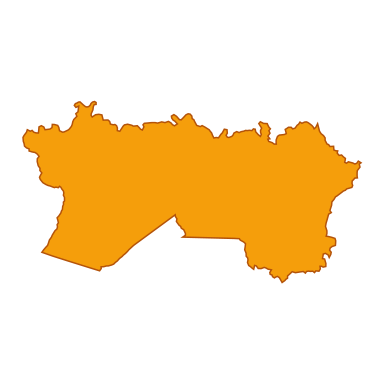 Adrianópolis, Paraná, Brazil (orthographic projection)
{"feature_id": "56859067B33632920480523", "entity_name": "Adrianópolis", "entity_type": "district", "adm_level": 2, "iso_a3": "BRA", "parent_name": "Brazil", "parent_adm1": "Paraná", "projection": "orthographic", "projection_center": [-48.811, -24.789], "detail": "fine", "context": "isolated", "style": "filled", "palette": "amber", "viewbox_px": 384, "rotation_deg": 0, "n_neighbors": 0, "source": "geoboundaries", "source_scale": "gbopen_adm2", "svg_char_len": 5075}
<svg xmlns="http://www.w3.org/2000/svg" viewBox="0 0 384 384"><path d="M341.6,155.0L339.1,155.4L337.2,153.1L337.7,150.9L335.9,150.8L333.9,150.0L333.6,146.3L330.0,146.5L328.6,144.6L327.0,144.0L325.1,140.3L325.1,137.9L323.5,135.6L321.1,133.7L319.5,131.2L318.9,128.8L317.6,123.7L315.8,127.3L314.1,128.8L313.2,127.0L311.9,125.5L309.5,123.6L307.7,122.4L306.3,121.9L304.5,122.1L301.9,123.3L300.0,122.1L298.6,124.2L297.1,125.3L295.1,128.1L292.7,128.9L291.2,127.3L288.4,127.3L286.9,128.4L285.2,129.4L286.3,133.6L284.4,134.5L279.3,135.1L277.5,136.4L276.2,139.8L276.1,142.0L276.3,144.1L274.2,144.1L272.1,142.6L268.7,141.4L267.8,139.2L269.8,138.8L267.9,136.1L270.0,133.2L268.9,130.7L270.4,128.8L269.0,127.3L267.9,125.2L267.2,123.6L263.5,123.4L261.8,122.5L260.3,121.8L258.8,123.6L261.6,128.1L260.5,130.6L260.6,132.5L261.3,134.4L260.4,136.4L258.1,134.5L255.7,131.8L255.2,129.2L253.4,128.9L251.9,130.6L249.4,130.3L247.3,130.6L245.6,130.4L244.0,131.1L241.1,131.7L239.1,132.6L236.7,131.6L234.0,133.0L232.9,135.3L231.8,136.4L228.9,137.5L227.3,137.2L226.1,135.3L227.3,133.2L227.0,129.7L224.3,129.2L222.3,132.9L220.9,134.3L218.5,137.8L216.1,137.5L213.9,138.0L212.6,135.5L211.6,132.9L210.1,131.1L209.1,129.7L207.6,128.8L205.1,127.2L202.1,125.6L200.3,126.6L196.7,125.4L195.4,122.9L194.5,121.3L193.8,119.6L192.2,118.7L191.8,116.0L190.1,114.1L188.1,113.8L186.0,114.8L183.4,117.6L181.1,119.9L179.4,119.6L176.5,116.3L173.9,114.6L171.4,116.1L171.7,118.0L173.0,120.0L174.9,121.2L177.4,123.9L174.5,125.8L172.5,124.7L171.0,122.9L168.4,121.4L165.0,122.6L161.7,121.9L157.6,123.1L155.1,122.6L152.2,122.6L150.6,122.7L148.9,122.9L144.3,123.3L143.0,124.8L143.9,126.9L142.4,130.0L140.5,129.2L139.3,127.7L137.3,125.7L135.0,126.0L133.2,126.1L131.9,125.3L127.6,124.2L124.4,124.9L123.1,126.2L119.8,131.3L117.3,130.6L117.4,127.9L116.5,125.6L114.9,124.5L113.3,124.8L110.4,124.1L109.7,121.5L108.0,120.0L103.2,120.1L101.9,114.9L98.8,114.3L95.6,114.7L92.2,117.0L91.1,115.5L91.2,113.8L92.9,109.9L93.3,106.7L94.2,104.6L96.1,104.4L96.1,102.5L94.5,101.5L92.5,102.1L91.0,103.5L90.2,105.2L88.7,106.6L86.9,107.0L85.4,106.6L83.5,105.1L80.0,101.9L78.4,102.1L77.0,103.0L75.4,103.6L74.3,105.4L75.9,107.4L78.7,106.1L78.0,111.8L75.8,113.7L76.9,116.3L73.8,119.5L72.8,121.7L72.2,124.5L71.4,126.4L69.2,129.2L68.0,130.1L64.2,131.9L62.6,132.2L59.5,130.7L58.8,127.4L57.7,125.4L54.4,124.5L52.3,124.4L52.0,127.6L49.9,129.1L45.0,129.7L43.8,127.0L41.3,125.7L39.0,126.9L38.8,129.4L38.4,133.0L36.0,132.9L33.8,132.2L32.1,130.4L30.3,131.2L27.3,129.7L26.5,132.2L24.1,135.4L23.0,137.4L23.3,141.3L24.1,143.6L24.5,146.1L26.5,147.9L29.1,148.9L29.1,151.0L32.0,151.9L35.1,152.5L37.2,154.0L39.1,156.4L37.3,158.7L37.2,161.6L37.8,164.0L38.2,165.7L40.0,168.3L39.9,170.5L41.8,172.9L40.3,175.6L39.5,177.3L40.3,179.5L42.9,182.7L45.9,184.5L48.1,185.5L50.2,186.0L52.7,187.0L54.4,187.6L55.9,187.1L58.3,187.7L59.6,186.3L60.9,187.3L61.8,189.0L63.4,191.0L63.8,193.0L63.4,195.2L64.5,197.4L64.5,199.2L64.5,201.0L63.4,202.1L63.5,204.5L62.7,206.3L62.4,209.5L61.4,211.1L60.9,212.9L58.8,216.0L57.1,217.8L57.8,220.1L58.4,222.8L57.1,224.7L57.5,226.9L56.9,229.0L55.0,230.7L52.3,235.1L51.4,237.2L49.4,240.0L48.5,242.9L47.6,245.4L45.7,247.4L43.6,249.9L41.9,252.3L52.5,256.0L67.5,260.8L91.5,268.3L94.1,269.1L99.6,270.8L101.2,268.6L101.1,266.8L103.8,266.7L106.2,266.0L108.4,265.9L111.6,265.0L113.7,264.1L115.4,262.4L117.4,260.9L118.4,259.7L119.6,258.4L122.1,256.5L123.4,255.1L125.4,253.5L127.5,251.4L128.8,249.8L131.2,247.6L132.8,246.1L134.1,245.0L175.2,214.8L175.4,216.5L176.9,218.8L176.4,221.5L177.9,223.6L179.2,225.4L180.6,226.3L181.3,228.2L183.7,229.7L184.5,231.4L185.4,233.4L185.4,235.3L182.7,237.1L234.0,238.4L239.4,238.7L240.2,240.1L243.7,242.0L245.5,243.7L245.2,246.6L244.7,249.8L246.1,253.2L246.2,256.3L247.6,257.8L248.0,259.9L247.5,262.5L248.7,265.5L250.4,266.6L252.3,268.3L253.7,269.3L254.6,265.4L256.3,265.9L258.2,268.5L261.1,268.6L264.2,267.4L266.0,268.0L268.1,269.2L271.4,269.8L269.8,272.5L270.2,274.4L271.9,274.9L272.6,276.7L274.4,277.9L275.8,277.0L277.5,276.4L279.4,277.7L282.1,282.5L284.8,280.6L286.1,279.1L287.5,278.3L287.6,275.8L289.1,274.6L290.6,273.2L292.2,271.7L295.4,272.7L300.3,271.9L303.3,271.5L305.4,273.1L306.5,271.5L308.4,271.1L310.3,271.4L312.8,271.2L314.5,272.6L315.9,270.9L319.0,271.2L320.3,268.9L320.0,266.3L321.7,266.3L323.1,267.1L325.8,266.5L325.9,263.5L324.6,259.0L322.5,258.6L323.3,254.0L325.5,253.4L328.1,254.9L329.2,257.5L330.8,254.4L331.2,252.2L329.6,250.2L330.2,248.0L332.1,246.5L335.4,245.4L335.6,243.2L335.7,240.7L335.0,238.4L331.7,237.3L327.8,236.4L326.2,236.2L326.9,233.5L326.9,230.8L325.5,226.4L326.1,223.1L327.2,219.4L328.2,215.7L328.7,214.1L331.3,212.6L329.9,210.5L331.6,205.2L331.9,201.9L334.0,199.4L335.5,196.8L336.9,196.0L342.2,192.0L343.4,191.0L345.3,190.3L346.7,188.9L351.9,187.4L352.7,185.5L352.0,183.4L352.2,180.9L353.6,179.6L354.8,178.1L357.4,177.9L357.1,176.1L357.1,172.7L357.3,170.6L360.0,167.1L359.2,164.0L361.0,162.8L358.3,161.1L356.7,163.3L354.8,164.0L352.9,163.0L350.6,162.4L348.4,161.8L346.4,163.2L344.7,162.3L345.2,160.1L345.4,158.4L343.3,156.8L341.6,155.0Z" fill="#f59e0b" stroke="#b45309" stroke-width="1.5"/></svg>